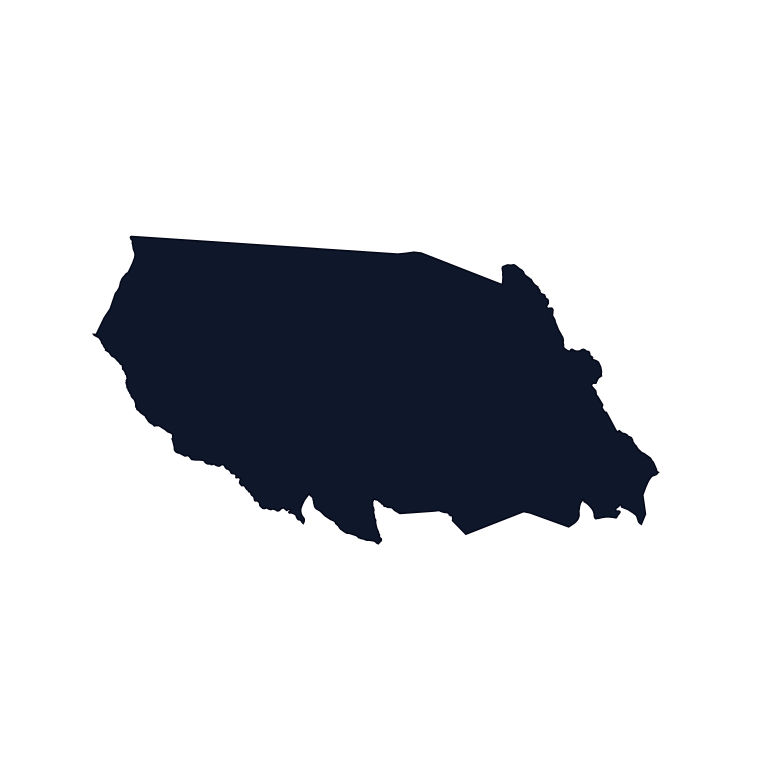 the district of Alpatláhuac, Veracruz, Mexico, rotated 30°
{"feature_id": "50627088B30858161806263", "entity_name": "Alpatláhuac", "entity_type": "district", "adm_level": 2, "iso_a3": "MEX", "parent_name": "Mexico", "parent_adm1": "Veracruz", "projection": "mercator", "projection_center": [-97.125, 19.099], "detail": "fine", "context": "isolated", "style": "filled", "palette": "ink", "viewbox_px": 768, "rotation_deg": 30, "n_neighbors": 0, "source": "geoboundaries", "source_scale": "gbopen_adm2", "svg_char_len": 6162}
<svg xmlns="http://www.w3.org/2000/svg" viewBox="0 0 768 768"><g transform="rotate(30 384 384)"><path d="M665.8,323.3L665.0,323.4L663.4,322.9L662.7,321.8L658.3,318.5L656.3,317.1L654.5,316.5L651.8,315.0L643.7,314.2L642.5,314.5L640.9,314.4L636.7,313.4L634.3,312.3L633.7,311.7L631.8,311.3L629.9,310.4L627.5,309.1L627.5,308.4L625.7,307.2L624.7,306.8L622.8,307.0L622.0,307.4L619.8,306.5L617.2,306.7L615.1,307.5L611.1,306.8L610.0,308.7L608.8,308.6L590.8,297.4L588.9,297.9L584.5,295.5L583.8,292.7L574.9,287.8L573.7,287.7L570.7,284.0L565.0,282.1L564.1,280.9L564.4,279.2L564.8,278.6L567.1,277.4L566.7,273.5L566.7,271.4L568.3,268.3L567.0,266.5L566.2,264.6L563.2,261.0L558.8,257.9L556.7,257.7L552.2,258.4L551.8,258.3L551.3,256.7L550.1,256.4L549.4,256.6L547.8,256.1L547.1,255.0L546.2,254.1L545.1,253.5L542.9,254.4L541.0,254.0L539.4,254.2L538.0,255.4L537.5,257.1L535.4,258.7L533.7,259.6L531.5,259.9L529.9,259.8L528.9,260.3L528.6,261.3L529.0,262.5L527.6,263.1L526.4,263.3L523.6,263.2L521.9,262.9L520.5,261.6L519.7,260.0L518.3,258.5L517.5,256.5L515.6,254.4L508.1,250.0L501.8,245.1L499.6,242.8L495.7,240.6L493.3,235.3L492.0,234.5L491.1,234.5L488.2,236.5L486.5,236.4L485.9,235.0L486.0,232.1L484.8,230.0L483.6,228.9L480.7,228.8L480.0,227.8L478.6,226.7L477.9,226.6L475.9,227.1L474.2,227.1L473.3,226.6L472.3,225.3L471.3,224.7L469.5,224.1L468.8,223.1L464.9,222.7L463.6,222.3L461.8,221.5L459.1,219.9L458.5,220.3L457.4,219.8L453.1,219.4L451.1,219.0L449.7,218.2L448.9,217.3L446.7,216.6L445.3,216.4L444.2,216.6L438.9,215.7L436.7,215.8L434.7,217.6L431.4,219.1L428.3,222.9L428.4,224.6L431.5,228.4L432.1,229.9L433.3,231.3L435.8,236.3L436.7,238.9L350.7,252.0L344.0,254.9L336.9,260.4L331.0,264.6L91.5,382.5L91.0,383.1L91.1,383.9L92.6,385.1L94.5,385.5L95.6,387.9L97.0,389.3L99.6,392.6L102.6,394.9L104.1,397.0L104.9,399.1L106.0,405.4L106.7,414.4L106.5,416.0L105.6,417.4L105.1,420.8L104.7,422.1L104.6,424.3L105.1,428.1L105.8,429.8L106.6,433.1L106.6,437.0L106.1,439.7L109.3,455.8L108.6,466.5L110.0,485.0L107.6,486.2L108.5,486.6L109.9,486.6L113.4,486.4L114.3,486.5L117.3,487.9L118.7,489.2L119.5,489.8L121.2,490.3L122.2,491.3L125.5,492.8L125.9,493.9L129.7,493.9L130.9,494.2L132.1,495.0L134.4,495.9L136.7,495.7L138.0,495.9L139.0,495.8L139.7,496.5L144.3,497.7L145.1,498.3L146.6,498.5L147.7,498.4L148.8,499.5L150.3,501.8L152.1,502.0L152.8,502.7L154.1,503.3L155.1,504.5L156.6,505.0L158.6,507.3L159.2,508.6L159.0,509.7L159.6,510.5L160.4,510.8L159.9,511.7L162.4,514.2L163.3,515.7L164.3,515.7L165.3,516.9L166.5,517.7L167.3,517.8L168.5,519.0L170.1,519.3L170.7,520.5L172.6,521.6L175.5,522.3L178.6,524.9L180.6,528.0L181.2,527.9L182.8,529.5L185.6,529.8L187.3,530.5L191.5,530.9L193.4,530.9L193.8,531.6L199.1,534.2L200.7,534.5L204.5,534.6L206.1,535.2L206.8,534.4L209.9,532.6L217.2,532.9L220.7,533.5L223.4,533.0L226.0,533.1L228.0,536.1L227.9,537.5L229.6,538.9L234.0,543.5L235.4,545.8L237.4,546.8L239.7,546.8L241.5,546.1L247.7,545.9L249.8,544.1L251.2,544.0L255.2,545.5L259.0,543.9L260.9,542.7L265.4,540.5L267.4,540.6L268.4,541.4L269.6,541.5L271.7,541.3L272.5,540.5L273.7,540.1L274.5,540.3L275.7,539.5L276.9,538.2L278.6,538.5L279.2,538.1L280.4,538.3L282.4,537.5L284.0,534.7L285.6,534.1L288.8,535.8L290.2,536.2L291.7,535.6L294.2,536.2L296.1,537.5L297.0,537.5L299.8,536.5L301.4,536.8L302.5,539.0L303.1,539.0L304.7,537.7L306.3,537.5L307.3,538.2L308.0,541.2L308.4,541.9L310.3,542.8L311.6,543.2L313.4,542.0L314.2,542.0L317.0,543.5L318.2,543.9L319.4,543.9L320.1,544.5L321.1,544.9L322.6,544.5L323.2,544.6L323.5,545.5L324.3,546.1L325.4,546.5L327.1,546.6L328.3,547.3L329.0,548.3L330.3,549.6L330.9,549.6L331.6,549.3L332.2,548.7L333.5,548.6L335.4,549.0L337.5,551.5L341.0,552.3L341.9,552.1L342.8,551.6L343.5,551.0L343.9,549.9L346.9,549.9L348.8,549.4L350.1,547.7L351.3,547.6L352.4,547.1L354.8,547.3L355.7,546.9L356.3,546.3L356.8,545.2L357.0,543.9L358.4,541.8L359.5,541.5L362.9,542.2L364.4,540.0L365.1,539.7L365.5,540.0L366.3,540.1L366.2,541.2L365.7,542.0L365.7,542.7L366.5,543.0L367.1,542.7L367.4,542.2L369.8,541.5L373.2,541.5L375.1,543.3L377.2,544.3L377.8,544.3L379.2,543.7L380.8,544.0L381.5,543.8L382.0,544.7L383.8,545.2L383.6,543.1L383.0,541.6L382.1,540.5L378.9,539.1L377.3,538.0L375.6,536.0L374.3,533.8L373.5,529.5L373.1,524.4L374.0,516.4L375.1,517.1L377.1,517.6L378.5,517.7L379.7,518.3L380.1,519.3L381.3,520.3L382.6,522.0L385.2,524.8L386.2,525.4L387.7,525.9L392.3,525.9L398.8,527.6L405.3,528.0L409.8,527.6L411.5,528.4L412.0,529.0L415.2,529.6L418.4,531.2L422.3,531.7L426.5,531.8L428.4,530.7L435.3,529.2L437.0,529.2L439.2,529.8L439.6,529.4L441.4,529.3L444.0,528.3L444.6,528.4L447.5,527.8L449.2,526.7L453.6,525.0L455.4,524.9L457.3,525.4L458.6,525.3L459.0,525.2L459.6,522.0L460.0,521.2L459.5,519.9L458.7,519.3L457.0,519.2L455.8,517.8L455.6,517.0L455.3,516.7L454.8,516.6L453.9,516.0L453.3,515.0L452.5,514.7L452.3,514.3L450.6,513.2L449.6,512.2L449.4,512.2L446.0,508.3L444.9,506.1L442.3,504.4L441.9,503.4L438.9,500.2L438.3,498.1L437.3,497.4L436.8,496.4L435.4,495.7L433.0,491.7L432.8,488.5L435.0,488.3L435.7,487.9L437.2,487.6L438.5,488.2L440.3,488.0L441.5,488.7L442.1,488.9L442.8,488.6L444.1,489.0L445.1,489.7L445.5,489.8L446.7,488.9L448.4,489.1L452.8,487.1L456.2,488.1L462.5,488.2L490.9,469.0L495.1,465.9L496.5,465.9L499.0,465.4L501.4,464.7L502.2,463.9L503.8,463.8L505.0,463.4L505.8,464.6L507.6,464.7L508.5,464.0L509.2,464.0L511.2,466.8L511.6,468.0L530.0,473.2L568.7,424.7L575.0,422.6L615.4,415.4L618.4,409.3L619.3,406.1L619.5,403.8L618.9,400.7L617.1,397.8L616.1,396.5L615.5,394.3L614.6,392.6L613.7,389.0L613.9,384.7L614.1,384.5L614.7,384.2L616.2,385.9L617.7,385.7L621.6,386.3L626.0,387.8L627.3,388.4L628.9,389.4L630.9,391.3L632.7,393.9L634.1,394.8L635.1,394.7L635.5,393.9L636.7,393.3L639.7,390.5L642.6,388.2L644.7,386.9L649.0,384.9L651.1,384.3L652.1,383.6L652.1,380.3L652.4,379.1L652.5,377.1L652.1,376.5L650.8,376.6L649.6,377.5L648.3,377.9L647.6,377.1L647.0,375.9L647.1,375.4L647.7,374.5L648.4,372.6L648.8,370.1L649.4,370.2L650.5,370.8L651.2,371.7L658.0,370.7L664.1,371.0L667.8,371.5L669.4,372.4L673.3,376.0L675.1,376.7L677.0,376.8L675.5,365.9L663.6,350.7L662.2,342.6L661.6,337.4L661.5,334.3L661.8,331.2L662.3,329.6L664.8,326.6L665.4,325.3L665.4,324.7L665.8,323.3Z" fill="#0f172a" stroke="#020617" stroke-width="1.5"/></g></svg>